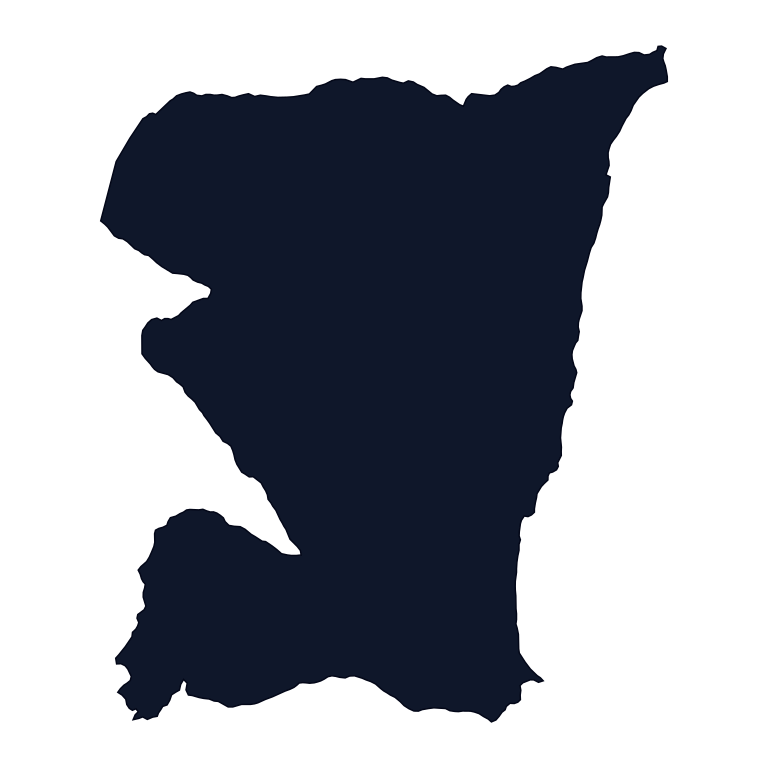 Porto Seguro, Bahia, Brazil (orthographic projection)
{"feature_id": "56859067B83893589630765", "entity_name": "Porto Seguro", "entity_type": "district", "adm_level": 2, "iso_a3": "BRA", "parent_name": "Brazil", "parent_adm1": "Bahia", "projection": "orthographic", "projection_center": [-39.285, -16.636], "detail": "fine", "context": "isolated", "style": "filled", "palette": "ink", "viewbox_px": 768, "rotation_deg": 0, "n_neighbors": 0, "source": "geoboundaries", "source_scale": "gbopen_adm2", "svg_char_len": 6025}
<svg xmlns="http://www.w3.org/2000/svg" viewBox="0 0 768 768"><path d="M100.7,220.9L104.6,224.0L107.7,227.0L114.3,235.8L118.6,238.2L122.9,238.8L127.4,241.7L134.7,248.7L138.9,250.5L141.9,253.0L144.6,254.7L148.6,255.4L152.8,259.0L156.6,262.6L161.9,266.6L172.6,273.1L177.5,273.5L183.7,274.2L187.9,275.3L190.7,277.5L193.1,280.0L197.6,282.1L201.7,283.1L204.7,284.9L208.4,286.4L211.4,289.3L210.7,293.4L207.9,298.5L203.3,298.5L192.8,302.3L190.3,305.2L181.3,312.7L178.6,315.6L171.1,319.5L168.0,318.6L164.7,318.6L161.5,320.5L156.9,318.1L151.6,319.6L147.8,323.0L145.2,327.0L142.8,330.3L141.9,335.5L142.0,353.8L145.3,358.4L150.4,364.0L152.3,366.7L154.6,369.4L158.0,371.8L168.2,374.6L172.9,377.6L176.6,381.8L179.4,383.7L183.1,386.8L185.2,392.4L188.4,396.2L191.6,398.8L195.1,402.2L199.5,409.6L202.5,412.7L204.0,415.6L206.9,419.3L209.7,423.2L215.8,432.9L220.0,436.4L223.1,441.3L227.3,443.3L230.9,446.1L232.7,450.4L233.9,454.4L235.1,459.8L236.9,464.3L241.7,472.1L245.1,474.1L249.2,476.9L253.2,476.7L261.2,482.9L263.3,487.0L265.7,490.8L267.4,494.8L268.1,499.3L270.9,502.8L272.8,506.2L275.9,510.3L280.1,519.4L282.2,522.9L283.9,526.2L286.0,529.4L290.0,539.2L297.2,546.4L300.4,550.5L301.2,555.0L296.2,555.5L291.4,555.5L287.4,555.0L281.5,553.7L276.7,549.5L272.0,545.9L265.6,541.6L262.1,541.2L255.2,536.7L251.1,534.3L245.1,529.3L240.2,526.7L234.1,526.3L228.9,525.4L225.1,521.6L223.4,517.9L220.5,515.5L216.9,513.1L213.5,511.9L210.3,512.0L206.7,510.9L202.9,509.3L198.7,509.9L189.8,509.5L186.5,510.0L183.4,512.2L180.1,513.6L175.8,516.2L170.4,517.7L168.1,521.6L166.9,525.3L162.9,527.3L158.9,528.4L155.5,530.2L154.6,533.7L154.8,542.3L153.9,546.5L151.5,552.3L149.3,557.2L146.6,561.6L141.0,566.5L138.2,570.1L140.2,574.1L141.5,578.6L143.1,581.7L145.3,584.2L144.6,588.1L143.3,592.4L143.2,597.1L145.9,606.1L144.1,609.8L137.8,614.5L137.0,618.2L138.8,622.5L137.6,626.1L135.8,629.2L132.5,632.3L132.0,636.8L125.2,646.8L118.8,654.8L115.7,658.2L116.6,663.9L121.0,663.7L125.1,665.7L127.8,669.0L131.3,676.4L130.3,680.5L127.0,683.2L123.9,685.2L120.4,688.7L117.8,692.3L122.0,695.0L125.8,699.2L126.8,704.5L129.3,708.3L132.4,710.3L135.9,708.8L138.3,711.7L135.2,714.8L133.1,719.7L138.8,718.4L142.7,716.9L147.3,719.4L152.7,717.1L157.2,716.3L158.5,712.9L160.6,709.9L162.7,706.4L167.1,704.9L169.8,700.1L171.6,694.8L175.8,692.1L179.4,690.1L180.7,684.4L183.6,679.4L187.2,683.2L186.0,689.9L188.4,695.0L192.2,695.5L199.1,697.5L203.7,698.4L209.2,699.0L214.1,701.0L218.3,701.4L228.1,706.9L232.9,706.9L241.5,704.4L250.3,704.4L254.5,703.8L257.9,702.8L265.4,699.4L272.4,696.8L285.0,691.1L289.9,689.3L293.9,687.4L296.7,685.3L299.2,683.0L302.7,682.6L305.9,682.8L309.6,683.2L314.2,682.8L317.6,681.9L320.7,680.9L324.2,679.1L327.9,676.7L331.9,675.8L335.7,676.3L339.6,677.3L345.2,677.9L349.6,676.0L354.5,675.8L362.2,678.2L366.1,679.9L370.7,681.5L375.6,684.0L380.8,688.6L383.7,690.9L387.0,692.8L390.3,695.0L395.0,697.3L400.2,701.6L404.1,705.6L408.9,708.7L413.9,711.0L418.4,711.1L422.2,709.6L428.5,708.5L433.9,707.8L445.5,708.5L449.9,710.7L454.7,711.4L458.5,711.6L462.7,711.0L470.4,711.1L474.4,712.0L479.1,713.6L483.5,716.5L488.3,719.1L491.4,721.9L495.9,720.0L499.1,716.3L502.0,712.2L505.1,709.8L506.3,706.4L510.0,703.3L514.2,703.5L517.8,702.2L520.4,699.7L520.2,695.1L520.8,690.3L520.0,685.6L522.8,682.8L530.3,679.8L533.8,679.9L538.5,682.3L543.2,680.8L540.4,677.8L537.1,675.6L530.3,669.0L525.1,662.1L519.3,653.1L518.7,648.9L518.4,634.4L517.1,627.9L515.9,624.0L516.5,619.6L516.5,613.7L516.0,608.8L515.8,595.8L515.3,590.2L515.2,586.2L515.3,581.2L516.5,572.3L516.5,568.7L516.9,562.3L517.8,555.9L519.0,550.3L519.0,544.4L520.4,539.8L519.1,535.9L519.3,531.8L520.4,523.7L521.4,520.3L524.2,516.0L528.0,516.6L531.5,514.9L534.4,512.2L534.4,508.8L535.3,503.0L536.5,497.7L537.0,493.7L541.4,486.5L544.1,483.6L547.9,480.0L548.0,476.0L549.4,472.9L552.7,472.0L556.5,469.8L558.3,466.4L557.7,462.7L561.3,455.5L561.2,451.4L561.4,447.2L560.5,437.9L561.2,428.0L562.1,423.6L562.6,420.0L563.3,416.7L564.6,412.9L567.1,408.2L571.5,404.8L572.4,401.1L570.6,398.4L569.9,394.9L570.6,391.5L573.1,387.9L573.8,382.6L576.7,372.7L575.9,369.4L574.0,365.8L572.2,358.8L571.9,354.6L572.4,350.7L574.3,346.0L575.7,342.9L577.8,340.4L578.4,336.2L579.2,331.7L578.2,327.1L578.4,322.7L579.2,319.1L582.0,310.7L582.0,306.1L580.8,298.5L580.9,292.7L582.1,281.7L582.9,278.4L584.5,270.3L587.3,261.2L589.4,253.0L591.1,247.6L593.9,243.1L595.6,238.0L596.7,233.5L598.1,228.8L599.6,224.6L600.8,220.2L601.8,215.2L602.1,207.0L603.7,203.6L607.5,196.9L608.4,192.7L608.7,187.4L610.3,177.0L606.0,174.8L609.1,165.5L608.9,161.5L608.2,157.7L608.1,152.7L609.0,148.9L610.5,144.3L613.3,140.2L616.3,136.4L619.7,131.1L622.0,126.0L626.0,118.4L628.7,115.0L631.0,110.8L633.2,105.2L638.9,97.1L642.7,93.4L648.7,88.7L653.5,86.2L658.8,84.4L664.0,83.0L667.3,81.5L667.3,76.7L666.1,69.8L665.2,65.7L663.8,62.0L662.8,58.6L663.4,53.9L666.0,48.5L661.6,46.1L658.1,46.4L656.9,50.6L652.7,52.4L649.6,54.4L644.1,55.0L639.0,52.6L634.3,52.4L629.6,53.7L623.2,55.8L618.0,56.9L606.1,57.0L602.1,56.0L596.7,57.7L591.3,60.7L587.7,62.5L574.9,64.3L570.4,65.8L566.4,67.2L562.8,69.1L556.0,67.4L550.9,66.8L546.8,68.8L539.5,73.9L534.9,75.7L529.9,78.6L524.9,81.1L520.7,82.8L518.0,85.1L514.7,86.2L511.3,86.5L507.7,85.1L504.0,86.9L501.0,89.4L498.9,92.4L494.9,95.1L489.7,95.8L471.6,93.7L468.2,96.7L466.2,99.4L463.4,106.2L459.6,104.7L453.0,100.1L449.5,97.2L445.7,95.2L440.6,95.4L436.8,95.8L432.1,94.0L424.0,87.4L417.0,84.4L413.4,82.0L408.3,80.9L403.4,83.2L400.0,82.5L391.8,80.1L387.4,77.9L382.4,77.3L374.0,78.9L365.5,78.9L361.0,78.4L353.0,82.2L345.5,79.6L340.6,79.3L335.4,79.6L331.8,80.7L325.4,84.0L321.7,85.2L316.6,86.5L309.3,94.0L304.6,95.0L293.3,96.8L286.9,97.2L277.9,97.4L270.6,96.7L266.6,96.0L260.3,95.2L254.7,96.5L248.5,93.7L243.1,94.9L238.6,96.1L235.1,97.4L231.6,97.6L227.3,95.9L222.0,94.5L217.5,95.1L214.2,95.2L210.2,94.5L205.8,94.5L201.9,95.9L196.7,95.3L193.7,93.3L190.0,92.0L185.9,92.8L181.4,94.0L176.6,95.8L173.0,99.1L170.2,100.8L155.8,114.5L152.7,113.2L149.4,113.8L146.6,116.7L142.9,118.7L129.9,138.2L116.2,161.5L100.7,220.9Z" fill="#0f172a" stroke="#020617" stroke-width="1.5"/></svg>